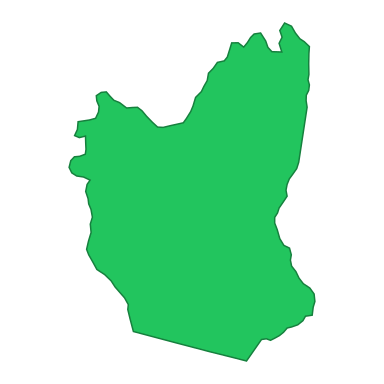 outline of Bananeiras, Paraíba, Brazil
{"feature_id": "56859067B72565003837618", "entity_name": "Bananeiras", "entity_type": "district", "adm_level": 2, "iso_a3": "BRA", "parent_name": "Brazil", "parent_adm1": "Paraíba", "projection": "natural_earth1", "projection_center": [-35.597, -6.693], "detail": "fine", "context": "isolated", "style": "filled", "palette": "green", "viewbox_px": 384, "rotation_deg": 0, "n_neighbors": 0, "source": "geoboundaries", "source_scale": "gbopen_adm2", "svg_char_len": 1796}
<svg xmlns="http://www.w3.org/2000/svg" viewBox="0 0 384 384"><path d="M307.1,107.2L306.1,100.6L306.3,95.2L308.7,90.4L309.4,84.9L308.0,79.8L308.9,74.5L308.7,63.8L308.9,53.6L309.4,46.6L304.3,41.7L299.9,38.8L295.3,32.9L291.5,26.2L284.6,23.0L279.8,30.5L282.1,37.2L279.1,43.3L281.8,52.0L271.9,51.7L267.9,47.4L265.7,41.0L260.6,33.0L254.1,34.0L250.6,37.5L247.4,42.6L243.7,47.1L238.2,42.8L231.7,42.9L229.6,49.8L227.3,57.1L224.2,60.9L217.4,62.4L213.2,68.4L208.5,73.2L207.2,80.6L203.9,86.4L201.4,91.6L195.6,97.4L193.0,106.1L190.7,111.6L186.4,118.5L183.3,122.8L175.2,124.6L171.1,125.5L163.2,127.4L157.6,127.1L152.3,122.2L146.4,116.1L142.1,110.9L137.5,107.3L132.7,107.5L126.6,108.0L119.7,102.7L113.9,100.3L110.0,96.2L106.3,91.9L101.2,92.4L96.3,95.7L96.8,100.8L99.1,106.4L98.5,112.1L95.6,118.3L89.4,120.0L78.1,121.7L77.4,129.5L74.6,135.6L79.3,137.6L85.5,136.1L85.7,142.9L86.0,149.3L85.3,154.2L79.7,156.3L74.4,156.8L70.8,160.6L69.1,167.4L71.8,172.9L76.7,176.0L83.5,177.0L90.1,180.1L87.1,184.4L85.7,191.5L88.1,198.7L88.7,203.9L91.0,209.4L92.4,217.2L90.3,224.1L91.1,232.5L88.5,241.1L86.6,249.3L88.7,254.8L92.7,261.8L96.9,269.5L104.7,274.6L111.1,280.8L115.1,287.0L124.6,297.9L128.3,304.6L127.8,309.5L130.0,318.6L133.4,331.5L176.6,343.0L185.8,345.4L209.7,351.7L233.0,357.5L246.5,361.0L261.5,339.5L266.4,338.8L270.5,340.3L274.7,338.2L279.4,335.6L283.5,332.3L287.2,328.0L291.5,327.0L297.8,324.8L302.9,320.7L305.5,316.2L312.2,315.2L313.2,307.1L314.9,301.5L314.1,294.0L309.8,288.0L303.3,283.7L299.0,278.1L295.9,271.6L291.6,266.1L290.4,260.1L291.3,254.8L289.5,248.1L283.9,245.4L279.8,238.7L277.2,229.6L274.7,223.1L274.7,217.4L277.5,213.0L279.1,208.0L283.1,202.2L287.1,196.2L286.0,190.2L287.1,184.4L289.3,178.9L292.7,174.3L296.7,168.6L298.7,162.3L307.1,107.2Z" fill="#22c55e" stroke="#15803d" stroke-width="1.5"/></svg>